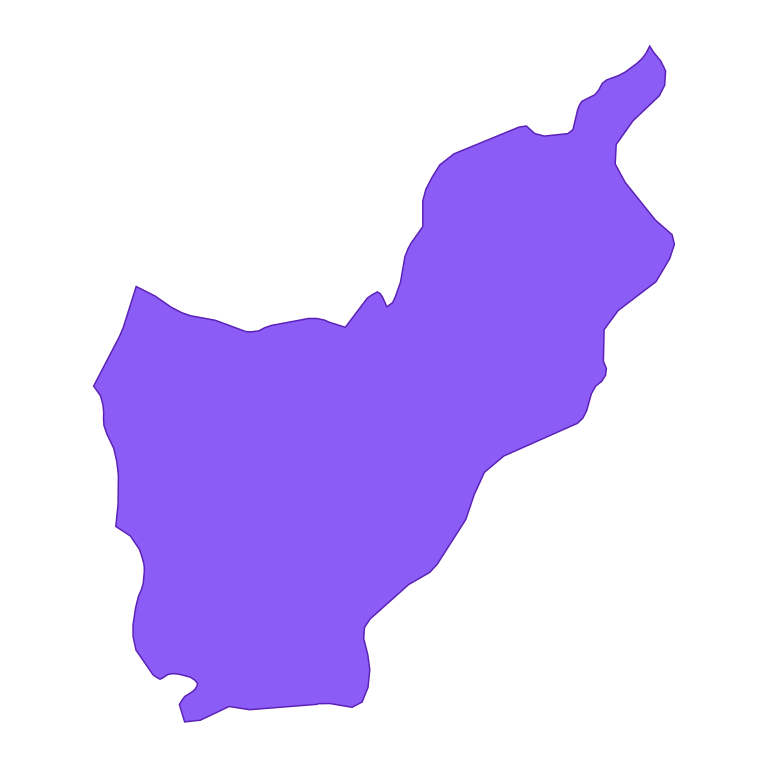 outline of Kunar
{"feature_id": "AFG-1762", "entity_name": "Kunar", "entity_type": "Province", "adm_level": 1, "iso_a3": "AFG", "parent_name": "Afghanistan", "parent_adm1": "", "projection": "equal_earth", "projection_center": [71.083, 34.998], "detail": "fine", "context": "isolated", "style": "filled", "palette": "violet", "viewbox_px": 768, "rotation_deg": 0, "n_neighbors": 0, "source": "natural_earth", "source_scale": "10m", "svg_char_len": 1880}
<svg xmlns="http://www.w3.org/2000/svg" viewBox="0 0 768 768"><path d="M569.5,426.8L503.8,456.0L484.4,472.3L474.2,494.6L465.9,519.3L437.2,564.3L429.8,572.3L408.7,584.5L370.2,618.9L364.5,627.4L363.7,638.5L367.8,654.7L369.8,669.7L368.0,687.4L362.1,702.0L352.1,707.3L329.8,703.5L318.3,703.7L316.9,704.3L316.2,704.4L249.6,709.7L229.1,706.5L200.3,720.2L184.6,721.9L179.4,704.5L181.5,701.0L184.7,696.5L192.1,691.9L195.2,689.1L196.8,686.3L197.5,683.3L195.0,680.3L190.4,677.2L179.0,674.2L172.8,673.6L167.9,674.5L162.3,678.2L160.0,679.2L156.0,677.0L153.0,674.8L136.0,650.1L133.1,636.6L133.0,625.2L135.6,607.9L138.2,597.1L141.9,588.3L143.3,582.5L144.3,571.7L144.3,567.8L143.8,563.4L141.3,554.7L139.3,549.2L130.4,536.0L115.8,526.5L118.1,503.8L118.4,475.2L116.8,461.6L113.7,448.2L107.0,434.3L104.0,425.7L103.5,418.7L103.7,412.1L102.9,404.4L100.4,395.6L93.6,386.1L119.4,336.6L123.4,327.1L136.2,286.5L155.0,296.0L171.1,307.2L181.6,312.6L190.4,315.7L215.3,320.3L245.9,331.6L251.3,331.8L258.7,330.9L265.0,327.6L271.5,325.4L308.5,318.5L316.8,318.5L324.5,320.1L328.9,322.1L345.3,327.3L367.4,298.0L372.2,294.7L377.5,291.9L380.3,293.8L382.5,297.1L386.9,306.8L392.7,302.5L395.4,296.6L400.5,282.2L404.9,256.7L408.1,248.6L411.0,243.2L422.8,226.6L422.8,200.9L425.9,189.2L432.3,176.9L439.9,164.8L454.0,153.8L519.0,127.1L526.4,126.0L534.6,133.5L544.3,136.1L567.9,133.6L573.0,129.5L577.7,109.6L579.7,104.6L582.0,101.2L594.8,94.8L598.5,90.4L602.4,83.2L606.9,79.8L618.2,75.7L625.0,72.2L636.8,63.5L642.2,58.4L645.9,53.5L649.7,46.1L653.7,52.4L660.9,61.2L665.6,71.0L664.7,85.1L659.4,95.7L632.9,120.9L616.2,144.5L615.2,164.0L625.1,182.3L655.4,220.1L672.1,234.7L674.4,244.4L669.7,258.6L656.0,281.7L618.3,310.4L604.1,329.6L603.4,361.3L606.4,368.6L605.5,375.4L601.7,381.3L595.8,386.0L595.7,386.0L591.4,393.7L586.7,410.5L582.8,418.2L577.5,423.3L569.5,426.8Z" fill="#8b5cf6" stroke="#5b21b6" stroke-width="1.5"/></svg>